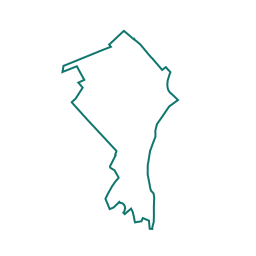 the district of Ghindaresti, Constanta, Romania, rotated 226°
{"feature_id": "2599482B65065460185800", "entity_name": "Ghindaresti", "entity_type": "district", "adm_level": 2, "iso_a3": "ROU", "parent_name": "Romania", "parent_adm1": "Constanta", "projection": "mercator", "projection_center": [28.04, 44.634], "detail": "fine", "context": "isolated", "style": "outline", "palette": "teal", "viewbox_px": 256, "rotation_deg": 226, "n_neighbors": 0, "source": "geoboundaries", "source_scale": "gbopen_adm2", "svg_char_len": 3239}
<svg xmlns="http://www.w3.org/2000/svg" viewBox="0 0 256 256"><g transform="rotate(226 128 128)"><path d="M113.4,183.4L121.5,183.1L121.8,183.1L122.1,183.0L122.6,183.0L123.1,182.9L123.5,182.8L124.6,182.9L126.0,183.0L127.3,183.4L128.4,183.9L129.3,184.4L130.0,184.9L130.5,185.2L131.6,186.2L132.5,187.0L132.8,187.5L133.4,188.2L133.9,188.7L134.3,189.2L134.6,189.5L136.4,192.8L137.5,194.8L138.2,196.2L138.7,197.3L141.9,197.4L142.0,197.3L143.5,197.4L145.5,197.5L145.7,196.3L146.0,192.9L154.0,193.4L159.6,193.7L160.7,193.8L160.8,193.8L161.8,193.8L162.4,193.7L166.3,193.9L168.9,194.1L171.4,194.3L178.3,194.8L179.7,194.9L180.1,194.8L180.6,194.8L183.3,194.5L186.4,194.1L186.8,194.1L187.0,194.1L187.3,194.3L187.8,194.4L187.8,193.8L189.7,193.6L191.9,193.4L194.4,193.2L196.8,192.9L197.4,192.9L200.7,192.5L200.8,192.0L200.8,190.7L200.8,189.1L200.8,187.3L200.9,185.6L200.9,182.1L200.9,180.6L201.0,176.2L201.1,172.4L200.9,172.4L198.3,172.1L198.6,171.4L201.9,163.6L204.9,156.1L207.9,148.6L209.7,144.1L217.4,124.9L217.5,124.8L213.8,119.8L213.7,120.1L211.4,125.6L209.2,131.1L207.9,134.1L202.0,132.4L196.1,130.8L193.0,130.0L195.1,123.8L188.5,123.4L187.1,117.4L186.5,115.0L185.5,110.6L185.5,109.8L185.6,107.9L185.6,106.6L185.6,106.0L185.6,105.4L183.8,105.3L179.4,105.1L179.2,105.1L175.3,105.0L172.7,104.9L171.7,104.9L169.8,104.8L167.8,104.7L167.4,104.7L165.4,104.7L164.0,104.6L161.5,104.5L160.0,104.5L158.4,104.5L155.4,104.4L152.3,104.4L149.2,104.3L147.6,104.3L145.4,104.2L143.2,104.2L142.0,104.2L140.9,104.2L138.6,104.1L136.6,104.1L136.1,104.1L133.5,104.0L130.9,104.0L128.3,103.9L128.2,103.9L126.1,103.9L124.0,103.8L123.6,103.8L122.1,103.8L120.2,103.8L119.7,103.8L119.5,103.7L119.4,103.6L119.0,103.0L118.8,102.5L118.5,102.1L118.4,101.7L118.3,101.3L118.1,101.0L118.0,100.7L117.8,100.4L117.7,100.3L117.5,100.2L117.3,100.1L117.0,100.1L117.0,99.9L116.9,99.9L116.2,97.9L115.5,95.9L114.4,92.8L113.4,89.7L113.2,89.2L113.1,88.8L112.8,88.3L112.4,88.0L111.9,87.8L111.2,87.7L110.8,87.9L109.1,88.3L107.1,88.9L106.4,88.8L103.7,88.1L101.0,87.4L100.0,87.1L99.0,86.9L98.8,86.7L98.6,86.4L98.5,86.1L98.5,85.6L98.5,85.0L98.5,84.4L98.5,84.2L98.5,83.9L98.5,83.6L98.5,83.4L98.4,82.9L98.3,82.3L98.2,81.8L98.0,80.3L97.7,78.9L97.3,76.9L97.1,75.8L96.6,74.4L95.9,72.0L95.2,69.6L94.7,68.2L94.3,66.8L94.2,66.7L93.5,64.7L92.8,62.7L92.5,62.5L87.4,60.5L82.4,58.5L80.9,62.1L80.8,63.7L80.8,65.1L80.8,66.4L80.8,68.9L80.9,69.7L80.9,70.5L80.5,70.5L80.2,70.5L80.1,70.2L79.8,70.2L79.4,70.5L79.1,70.8L78.7,71.1L78.4,71.3L78.0,71.5L77.6,71.7L77.1,71.7L76.5,71.8L76.0,71.8L75.5,71.8L75.1,71.7L74.7,71.5L74.2,71.4L73.7,71.2L73.1,70.7L72.3,70.4L71.7,69.2L71.3,68.7L71.0,68.1L70.6,67.5L70.4,66.3L70.3,65.8L70.1,65.8L68.3,65.8L68.1,70.0L68.0,72.1L67.9,74.2L64.6,73.2L63.5,72.6L63.3,72.4L61.9,71.7L61.1,71.2L60.2,70.6L58.3,69.4L56.4,68.1L55.2,67.5L53.4,70.2L51.6,72.8L52.0,73.8L52.9,76.1L46.8,78.7L42.1,74.9L40.5,73.6L38.5,75.3L39.1,75.9L39.6,76.5L40.8,78.3L41.3,79.2L42.5,81.2L46.9,85.7L53.4,91.9L59.6,98.4L63.1,100.9L64.8,101.0L66.3,100.9L68.6,101.8L73.4,105.0L80.8,109.8L87.2,116.0L93.5,124.4L96.2,128.0L97.1,130.0L99.1,134.1L99.5,134.9L102.8,141.9L103.7,142.7L107.0,145.7L110.6,151.4L112.3,160.0L114.6,171.2L114.9,172.6L114.3,176.9L113.4,183.4Z" fill="none" stroke="#0f766e" stroke-width="2"/></g></svg>